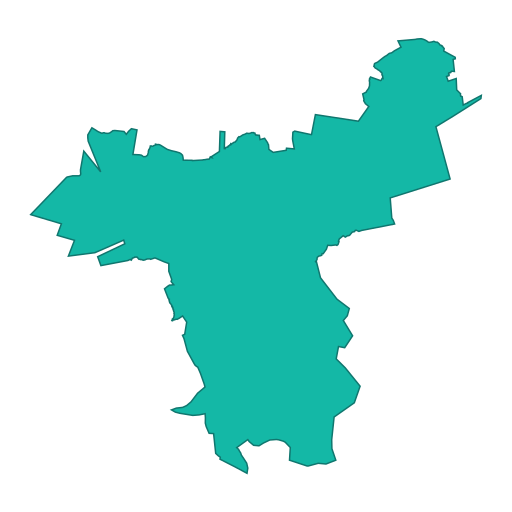 Armadillo de los Infante, San Luis Potosí, Mexico
{"feature_id": "50627088B46691471724759", "entity_name": "Armadillo de los Infante", "entity_type": "district", "adm_level": 2, "iso_a3": "MEX", "parent_name": "Mexico", "parent_adm1": "San Luis Potosí", "projection": "albers", "projection_center": [-100.644, 22.261], "detail": "fine", "context": "isolated", "style": "filled", "palette": "teal", "viewbox_px": 512, "rotation_deg": 0, "n_neighbors": 0, "source": "geoboundaries", "source_scale": "gbopen_adm2", "svg_char_len": 5956}
<svg xmlns="http://www.w3.org/2000/svg" viewBox="0 0 512 512"><path d="M335.8,460.2L331.9,448.7L331.7,439.7L334.1,417.0L354.3,402.8L360.1,386.2L345.2,367.8L336.2,358.9L338.5,346.5L344.7,347.7L352.6,335.8L343.3,320.5L347.3,315.8L349.3,308.5L337.0,299.2L320.5,277.8L316.4,261.6L315.1,262.0L315.8,261.4L317.0,259.6L317.1,258.1L317.3,257.3L318.8,256.1L320.3,255.8L321.7,255.3L322.1,253.6L323.2,253.7L326.4,249.2L327.7,245.3L331.1,245.5L335.9,244.9L336.1,245.1L336.9,245.4L337.4,244.9L337.7,244.8L338.1,244.3L339.0,241.7L338.5,241.4L338.8,240.5L338.7,240.5L339.2,239.0L343.2,235.7L345.3,237.1L347.8,235.6L348.8,235.7L350.1,234.8L350.8,233.8L352.3,232.1L354.6,231.6L355.2,230.4L356.2,230.2L358.9,231.4L361.8,230.4L394.6,224.0L393.3,220.4L391.8,218.1L390.2,197.9L450.1,179.0L435.9,126.7L453.6,115.9L480.9,98.6L481.3,95.4L467.7,102.6L467.8,103.0L467.7,103.1L466.6,103.4L466.4,103.4L463.2,105.0L462.2,96.7L461.3,96.2L460.7,96.2L460.4,94.8L460.6,93.8L456.7,89.9L456.2,78.5L448.2,81.2L446.5,76.5L449.0,75.6L448.9,74.5L449.0,74.5L448.8,73.9L448.6,73.8L448.6,73.2L449.3,72.7L449.9,72.8L450.8,72.5L450.8,72.0L451.6,71.2L454.4,71.5L453.1,59.4L455.3,58.8L455.2,57.3L443.8,51.1L443.7,50.9L444.2,48.6L442.8,46.8L441.9,46.1L442.1,45.9L441.6,45.5L439.9,44.9L439.2,43.8L437.4,42.2L435.6,42.1L433.9,41.3L432.0,41.9L429.8,42.3L428.5,42.3L427.0,41.1L424.9,39.9L422.8,39.1L421.1,38.7L417.0,39.0L415.3,39.4L398.0,40.9L401.0,47.2L394.4,50.8L391.7,52.8L389.3,53.4L387.1,55.1L387.0,55.3L385.0,56.4L383.3,57.6L377.5,62.2L375.0,63.3L374.6,63.6L374.4,64.0L374.2,64.9L374.3,65.4L374.2,65.9L373.9,66.0L373.8,66.3L374.3,66.8L375.2,68.0L376.7,68.8L378.1,69.9L378.3,69.9L379.9,71.0L380.5,71.8L381.1,72.0L381.3,72.5L381.6,72.6L381.9,73.1L382.0,73.3L382.1,74.1L381.9,74.7L382.2,75.3L382.6,75.7L382.6,76.1L383.0,78.4L382.6,78.2L382.3,78.2L382.1,78.4L381.2,80.2L381.0,80.4L380.6,80.6L370.5,77.0L369.5,78.8L369.4,79.1L369.8,79.5L369.3,80.5L369.3,81.0L369.6,82.0L369.5,85.9L368.6,88.4L366.5,91.3L366.2,92.2L365.8,92.3L362.7,93.9L364.0,99.7L363.7,100.5L364.1,101.6L364.8,102.5L365.3,103.6L368.8,106.5L358.4,121.2L315.4,114.6L311.5,134.6L311.1,134.6L294.7,131.1L292.9,132.2L292.5,138.6L292.7,140.5L294.3,148.9L286.5,148.2L286.2,150.3L273.2,152.4L268.9,149.4L268.5,144.7L268.1,144.2L267.5,142.6L264.6,138.3L260.0,139.6L259.3,135.3L258.5,135.2L258.1,135.4L257.6,135.3L257.5,135.1L256.6,135.2L256.3,134.9L255.7,135.0L255.4,134.6L254.8,133.0L254.1,133.0L253.5,132.6L253.2,132.8L253.0,132.6L251.5,132.6L250.7,133.1L249.0,133.5L246.7,133.2L245.2,134.1L242.8,134.9L240.7,136.3L239.4,136.9L238.9,136.7L237.6,138.1L237.1,139.7L235.1,142.1L234.1,142.2L233.5,142.7L231.8,143.6L231.6,144.0L231.1,144.5L230.7,144.0L230.5,144.9L229.8,144.9L229.1,145.7L228.5,145.9L228.3,146.5L227.9,146.5L227.8,146.9L227.6,147.2L227.1,147.1L225.8,147.5L225.2,148.7L224.3,148.6L224.8,131.8L220.1,131.4L219.4,151.5L211.2,156.8L211.8,157.6L211.1,157.4L210.3,156.9L209.8,158.0L209.0,159.3L207.8,159.1L207.0,159.4L206.3,159.3L205.5,159.6L203.1,159.8L202.7,160.0L192.3,160.6L192.1,160.3L183.3,160.2L183.0,157.4L182.5,155.2L180.9,153.6L179.5,152.8L175.8,151.7L171.4,150.7L167.3,149.4L160.7,145.3L159.5,144.7L158.3,144.5L157.4,144.6L155.6,144.2L155.7,145.0L154.8,145.2L153.5,145.8L152.9,146.2L152.0,146.3L151.2,145.9L150.3,146.0L150.1,147.4L149.3,149.0L149.3,149.4L149.0,149.5L148.7,149.9L148.6,150.7L148.3,151.1L148.4,152.3L147.5,155.2L146.5,156.0L145.8,156.5L143.7,156.7L143.2,156.5L141.5,155.2L139.5,154.8L132.9,154.5L137.0,129.9L131.4,128.7L128.6,131.3L126.3,134.3L124.0,131.5L114.9,130.5L112.8,130.7L112.1,131.3L109.5,133.1L107.8,133.4L105.3,133.2L104.1,132.7L103.2,132.8L101.9,133.3L98.0,131.6L95.4,129.9L91.9,127.8L87.8,134.9L87.8,137.8L88.2,141.2L100.7,171.9L83.8,151.1L80.5,169.7L80.5,171.4L80.7,173.4L80.7,174.2L80.4,174.9L79.9,175.4L79.1,175.8L72.7,175.8L67.2,177.0L66.5,177.4L30.7,214.6L31.2,214.8L61.4,223.8L57.2,235.3L74.5,240.3L68.4,256.1L94.9,252.7L123.7,240.1L124.8,243.8L97.7,256.7L100.9,265.6L127.9,260.5L130.2,259.4L131.2,260.2L131.5,259.9L131.7,259.2L132.1,258.8L132.2,258.3L132.4,258.2L132.7,258.0L133.5,257.9L133.7,257.7L134.5,257.4L134.7,257.1L135.0,257.0L135.9,257.2L136.9,257.0L137.9,258.0L138.2,258.5L139.0,259.3L139.5,259.3L140.5,259.4L140.9,259.7L141.2,259.5L142.6,259.9L142.8,260.1L143.3,260.2L145.0,259.9L145.6,259.5L146.3,259.3L147.0,259.0L149.2,258.9L150.0,258.9L150.6,259.3L155.0,257.9L164.3,261.9L168.8,263.5L168.8,271.3L171.7,279.4L171.1,281.6L173.7,284.7L170.7,285.1L169.8,285.0L168.9,285.4L168.5,285.9L168.0,286.0L164.5,288.8L167.9,297.5L168.3,298.4L168.9,299.1L169.1,299.2L168.9,299.4L169.3,300.2L169.1,300.5L169.3,301.3L169.6,301.8L169.7,302.2L169.6,302.5L169.7,302.8L170.7,303.7L171.2,304.7L171.8,305.3L171.7,305.9L171.9,306.1L171.9,306.7L172.4,307.3L172.5,307.2L172.6,307.9L173.0,308.0L173.0,309.2L173.2,309.3L173.3,309.6L173.6,310.0L173.4,310.4L173.5,310.8L174.2,312.4L174.0,313.1L174.2,313.6L174.0,313.8L174.3,314.6L174.3,315.2L174.1,315.4L174.0,316.5L173.9,316.8L173.8,317.3L173.2,318.4L172.4,319.0L172.6,319.6L172.2,319.8L171.8,320.5L172.2,320.8L172.8,320.6L173.0,319.9L173.4,319.6L174.0,319.6L174.2,319.9L174.8,319.6L175.2,319.6L176.0,319.2L177.2,319.3L179.1,318.3L182.6,316.0L186.7,322.1L184.7,334.3L182.5,335.3L184.0,338.6L187.4,351.3L194.0,363.4L195.0,365.1L196.6,366.5L197.7,367.0L200.5,373.5L204.2,384.0L205.0,387.0L197.6,393.2L191.0,401.9L186.6,405.6L185.4,406.1L184.9,406.4L182.6,407.4L176.3,408.1L171.5,409.9L175.3,412.1L179.9,413.3L192.8,415.4L199.1,414.9L205.1,413.7L205.4,417.8L205.3,423.1L206.2,426.6L209.1,433.3L213.6,433.6L215.7,453.4L218.4,455.9L220.3,457.2L220.0,459.2L234.7,466.7L247.0,473.3L247.8,468.1L246.7,463.2L243.1,457.6L242.8,457.3L242.3,456.4L241.4,455.2L240.7,453.0L239.3,450.8L238.6,449.4L236.7,447.6L247.8,439.6L249.2,441.6L253.6,445.3L259.0,445.8L263.5,443.0L269.8,440.0L276.4,439.5L278.7,439.8L283.4,441.2L285.2,442.2L290.3,447.5L289.5,460.2L307.1,466.0L308.2,466.0L318.2,463.3L326.0,464.0L335.8,460.2Z" fill="#14b8a6" stroke="#0f766e" stroke-width="1.5"/></svg>